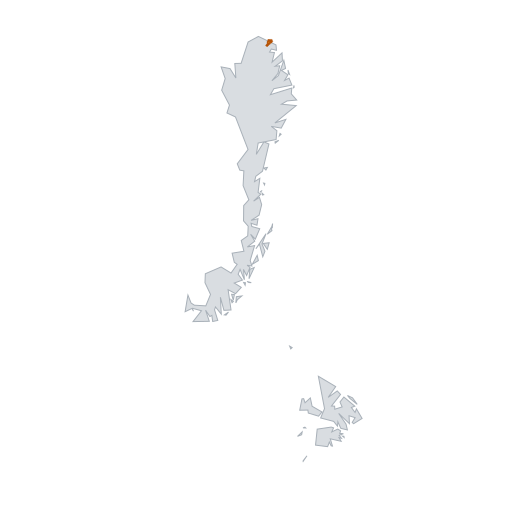 location of Eigersund nor, Rogaland, Norway, rotated 164°
{"feature_id": "86288312B23516572714138", "entity_name": "Eigersund nor", "entity_type": "district", "adm_level": 2, "iso_a3": "NOR", "parent_name": "Norway", "parent_adm1": "Rogaland", "projection": "orthographic", "projection_center": [6.003, 58.503], "detail": "fine", "context": "in_parent", "style": "filled", "palette": "amber", "viewbox_px": 512, "rotation_deg": 164, "n_neighbors": 0, "source": "geoboundaries", "source_scale": "gbopen_adm2", "svg_char_len": 5711}
<svg xmlns="http://www.w3.org/2000/svg" viewBox="0 0 512 512"><g transform="rotate(164 256 256)"><path d="M284.7,246.5L276.4,253.2L278.6,255.9L278.2,265.3L266.3,263.9L265.9,275.0L258.4,277.6L255.3,286.8L258.3,293.2L253.9,307.9L247.4,312.0L249.0,327.2L244.2,341.2L247.9,343.0L248.6,349.8L234.3,360.6L237.4,395.3L244.5,401.5L239.9,408.4L243.3,424.8L236.7,435.1L237.4,447.4L229.3,443.3L226.3,432.6L223.3,446.9L217.2,445.3L204.6,463.9L193.2,466.4L178.6,453.4L179.6,448.1L184.2,450.7L186.8,448.3L182.2,446.5L187.1,437.9L175.0,444.1L176.8,436.3L185.3,433.1L180.8,432.3L184.6,425.4L192.4,420.1L184.7,423.3L175.3,436.4L175.9,428.1L180.4,427.4L175.4,421.4L180.1,416.9L175.2,417.9L174.4,410.4L192.7,411.9L197.7,407.1L175.3,407.6L177.4,402.1L173.9,394.7L183.4,396.5L189.7,394.9L175.9,389.5L201.2,378.7L189.6,379.1L196.5,372.0L205.6,376.4L201.4,370.7L204.6,362.4L222.8,364.0L227.7,353.6L216.9,363.5L212.7,360.1L226.4,335.7L234.2,332.7L236.9,327.9L230.9,329.6L236.5,316.5L234.3,314.1L243.2,309.4L236.5,311.4L236.4,303.8L241.8,294.4L250.9,291.6L243.8,291.3L246.6,285.3L251.7,288.8L251.9,285.5L244.9,281.2L252.0,272.4L255.2,278.4L253.1,270.6L261.8,267.1L254.5,266.4L262.8,253.3L262.7,247.5L267.1,249.6L264.9,246.7L270.4,239.8L271.7,246.6L273.7,236.4L275.0,247.5L278.2,243.4L275.7,236.6L284.4,236.0L278.8,229.9L286.1,225.4L292.1,231.3L294.9,211.0L301.8,212.6L301.6,226.2L305.4,209.7L309.0,218.2L310.7,215.7L310.5,204.6L315.7,205.0L314.8,211.1L317.0,210.5L319.4,217.8L318.9,206.1L334.6,210.3L323.5,218.4L331.6,223.3L339.5,222.0L332.2,237.2L331.4,228.7L328.8,225.7L318.0,221.9L310.3,231.6L312.4,244.4L309.6,252.9L292.6,255.1L284.7,246.5ZM216.1,63.6L222.0,67.0L223.0,74.1L224.6,70.0L226.9,75.6L238.5,82.5L232.2,90.4L229.2,123.2L215.4,108.5L225.6,100.2L215.1,103.9L212.9,99.6L224.8,91.0L221.8,90.0L222.5,87.0L214.8,87.2L215.5,92.5L210.4,96.2L202.4,84.4L206.1,84.1L203.9,78.3L201.6,81.4L198.8,70.6L208.4,67.9L209.4,69.5L205.3,73.3L210.6,76.8L212.4,69.1L219.9,81.9L215.8,69.6L216.1,63.6ZM225.2,54.4L235.0,59.8L234.9,52.2L236.1,52.8L236.8,56.9L239.7,53.0L250.9,57.8L244.9,72.7L230.8,70.8L228.8,69.4L231.7,66.0L225.1,67.1L222.9,64.6L224.4,62.4L221.0,61.1L225.5,60.7L224.1,57.2L226.3,58.6L225.2,54.4ZM240.0,84.8L249.0,90.6L248.6,93.6L256.5,95.7L251.2,106.0L249.5,105.7L249.3,101.4L242.9,104.6L243.5,96.1L235.6,87.9L240.0,84.8ZM249.4,266.6L254.1,263.0L240.2,274.7L246.9,266.0L246.1,258.1L249.7,253.4L249.4,266.6ZM255.0,250.9L261.8,249.1L254.7,256.3L255.0,250.9ZM260.9,245.4L269.0,236.1L265.6,244.9L260.9,245.4ZM199.6,85.5L205.0,93.2L206.5,96.7L202.3,93.0L199.6,85.5ZM243.3,259.3L245.6,266.1L239.7,265.1L243.3,259.3ZM288.3,216.5L286.1,222.3L280.6,221.5L286.0,219.1L288.3,216.5ZM290.0,219.8L290.0,225.9L287.4,224.9L290.0,219.8ZM233.7,276.0L239.1,273.8L233.6,279.1L233.7,276.0ZM267.3,46.0L262.1,49.9L267.3,45.6L267.3,46.0ZM261.4,71.6L265.8,71.2L260.1,74.2L261.4,71.6ZM297.9,209.7L301.1,207.4L302.6,208.1L297.9,209.7ZM291.9,217.7L292.1,221.0L290.3,218.6L291.9,217.7ZM274.5,230.9L275.2,234.0L273.5,233.2L274.5,230.9ZM248.2,157.1L248.5,160.1L246.5,158.0L248.2,157.1ZM258.2,77.8L256.2,78.0L255.6,77.0L258.2,77.8ZM222.8,335.9L224.2,338.4L220.7,338.0L222.8,335.9ZM267.9,231.7L270.1,232.4L271.6,234.0L267.9,231.7ZM221.3,57.3L222.5,59.0L221.2,58.5L221.3,57.3ZM206.3,360.5L202.2,360.9L206.4,359.2L206.3,360.5ZM200.5,365.0L199.1,367.2L198.3,366.1L200.5,365.0ZM232.7,279.9L231.1,282.6L232.7,278.2L232.7,279.9ZM174.6,422.4L174.0,426.0L173.7,421.3L174.6,422.4ZM232.8,314.7L231.7,312.8L232.9,312.8L232.8,314.7ZM331.3,220.2L331.9,222.7L331.6,222.3L331.3,220.2ZM234.1,316.6L232.0,317.3L234.5,316.1L234.1,316.6ZM228.2,322.0L228.6,324.0L227.5,323.4L228.2,322.0ZM173.6,407.4L172.5,409.5L172.8,407.7L173.6,407.4Z" fill="#d9dde1" stroke="#a8b0b8" stroke-width="1"/><path d="M181.8,457.9L181.8,458.1L182.0,458.0L181.9,458.1L182.0,458.1L181.9,458.1L182.0,458.2L182.1,458.3L182.2,458.2L182.2,458.3L182.3,458.2L182.3,458.3L182.4,458.2L182.5,458.2L182.5,458.3L182.5,458.2L182.8,458.2L183.0,458.2L183.3,458.1L183.3,458.3L183.2,458.3L183.1,458.2L183.1,458.3L183.2,458.5L183.3,458.5L183.3,458.4L183.3,458.5L183.2,458.6L183.2,458.8L183.3,459.1L183.4,458.9L183.5,459.1L183.4,459.1L183.4,459.3L183.5,459.3L183.4,459.4L183.5,459.4L183.5,459.5L183.6,459.8L183.6,459.7L183.6,459.8L183.8,459.9L183.8,460.0L183.8,459.9L183.8,460.0L183.8,459.9L184.0,459.9L184.0,460.0L184.0,459.9L184.0,460.0L184.3,460.0L184.2,460.0L184.3,460.1L184.4,460.3L184.5,460.3L184.5,460.2L184.7,459.9L184.7,459.7L184.8,459.6L185.0,459.5L185.1,459.4L185.2,459.2L185.0,458.9L185.3,458.7L185.6,458.8L185.7,458.7L185.8,458.4L185.7,458.2L185.8,458.1L186.0,458.2L186.1,457.8L186.1,457.6L186.1,457.3L186.0,457.2L185.9,457.0L185.8,456.9L186.0,456.7L185.9,456.6L186.2,456.4L186.6,456.2L186.9,456.2L187.1,456.3L187.2,456.1L187.5,455.9L188.1,455.6L188.0,455.3L187.9,455.2L187.5,454.8L187.3,455.1L187.2,455.2L186.8,455.2L186.4,455.2L186.3,455.5L186.3,455.8L185.5,455.9L185.4,456.0L185.0,456.1L184.8,456.2L184.6,456.2L184.6,456.3L184.4,456.5L184.2,456.8L183.9,456.8L183.9,457.0L183.7,457.2L183.7,457.3L183.4,457.2L183.2,457.2L182.7,457.0L182.4,457.1L182.1,457.2L182.0,457.3L181.9,457.5L181.8,457.9ZM182.9,458.2L182.6,458.3L182.4,458.4L182.2,458.5L182.3,458.5L182.2,458.6L182.2,458.8L182.3,458.8L182.2,458.9L182.3,458.9L182.2,458.9L182.1,459.0L182.3,459.0L182.4,458.9L182.4,458.7L182.4,458.4L182.5,458.4L182.5,458.5L182.5,458.4L182.6,458.5L182.6,458.4L182.6,458.5L182.7,458.8L182.8,459.0L183.0,459.2L182.9,459.3L183.0,459.3L183.1,459.2L183.1,458.9L183.1,459.0L183.2,458.9L183.1,458.7L183.1,458.8L183.1,458.7L183.1,458.4L183.0,458.2L182.9,458.3L182.9,458.2ZM182.2,458.6L182.0,458.8L182.0,459.0L182.0,458.9L182.1,458.7L182.1,458.8L182.2,458.7L182.2,458.6Z" fill="#f59e0b" stroke="#b45309" stroke-width="1.5"/></g></svg>